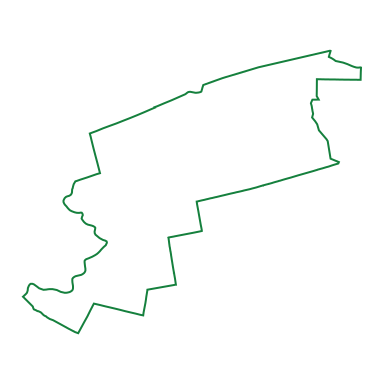 Giuvarasti, Olt, Romania (Albers equal-area conic projection)
{"feature_id": "2599482B24226861193940", "entity_name": "Giuvarasti", "entity_type": "district", "adm_level": 2, "iso_a3": "ROU", "parent_name": "Romania", "parent_adm1": "Olt", "projection": "albers", "projection_center": [24.689, 43.784], "detail": "fine", "context": "isolated", "style": "outline", "palette": "green", "viewbox_px": 384, "rotation_deg": 0, "n_neighbors": 0, "source": "geoboundaries", "source_scale": "gbopen_adm2", "svg_char_len": 4714}
<svg xmlns="http://www.w3.org/2000/svg" viewBox="0 0 384 384"><path d="M338.3,163.5L338.9,162.1L330.6,158.7L330.5,158.3L327.7,141.1L326.5,139.2L318.9,130.3L318.8,129.9L317.2,124.3L315.2,121.3L312.1,117.5L313.1,113.9L313.0,113.2L312.5,111.0L312.3,109.7L312.3,109.4L312.2,109.3L311.7,106.0L310.9,103.2L312.4,99.7L318.7,99.6L318.6,99.4L316.7,96.1L316.8,90.3L316.9,79.2L325.8,79.4L335.7,79.5L340.4,79.6L349.6,79.7L360.6,79.8L360.8,71.8L361.0,67.6L360.2,67.4L358.8,67.6L357.9,67.6L357.4,67.6L356.3,67.5L355.6,67.3L353.9,66.8L352.0,66.1L349.9,65.2L347.4,64.1L346.8,63.9L343.1,62.6L341.3,62.2L341.2,62.2L340.3,62.0L339.5,61.8L335.7,61.0L334.6,60.2L334.2,59.9L333.7,59.5L333.0,59.1L332.4,58.7L331.0,57.9L329.5,57.2L328.9,57.0L328.8,56.9L329.3,55.3L329.3,55.1L330.5,51.3L330.6,50.9L330.4,50.8L329.5,50.8L329.3,50.9L258.5,67.3L246.9,70.8L225.5,77.2L222.3,78.2L214.7,80.9L203.3,85.0L202.4,87.8L202.1,89.0L201.6,90.6L201.5,91.1L201.3,91.6L200.8,91.9L200.3,92.1L198.7,92.5L197.1,92.7L195.9,92.8L194.9,92.7L194.0,92.5L190.2,91.8L189.0,91.9L188.2,92.1L187.1,92.8L186.0,93.7L185.3,94.2L184.9,94.4L178.3,97.3L171.5,100.3L164.4,103.2L157.3,106.2L154.6,107.2L154.9,107.6L150.9,109.3L144.0,112.3L137.1,115.2L130.2,118.0L123.3,120.7L116.5,123.4L109.6,125.9L103.1,128.3L96.3,131.1L92.2,132.6L89.8,133.5L90.2,135.0L90.7,136.8L91.3,139.4L93.4,147.9L95.3,155.2L97.3,162.7L100.0,173.2L96.5,174.2L87.3,177.4L80.2,179.7L76.3,181.1L75.4,181.3L73.7,184.2L73.1,186.3L72.6,188.5L72.2,189.2L72.1,190.0L72.0,192.3L71.6,193.6L70.7,194.9L69.2,195.8L67.1,196.4L66.0,196.9L64.7,198.1L63.9,199.6L63.5,200.6L63.5,202.0L63.9,203.0L64.7,204.5L66.4,206.3L67.8,208.1L69.0,209.4L70.0,210.3L71.7,211.2L74.6,212.3L76.8,212.8L79.0,212.9L80.8,212.6L81.7,212.7L82.4,213.6L82.7,214.6L82.8,215.1L82.1,216.7L81.8,217.8L81.6,218.6L82.7,220.3L84.0,222.0L85.8,223.6L87.8,224.6L91.8,225.6L93.4,226.2L94.8,227.1L95.3,227.9L95.0,229.8L94.6,231.4L94.7,233.1L95.5,234.7L97.8,236.6L99.6,238.1L102.9,239.9L105.2,240.6L106.6,241.4L106.9,242.4L106.7,243.3L106.0,244.6L105.8,245.2L103.7,247.0L101.2,249.6L99.9,251.2L98.3,252.8L96.9,254.0L95.2,255.1L92.3,256.7L88.6,258.3L86.2,259.2L85.1,260.1L84.6,260.9L84.6,262.4L85.0,266.1L85.4,268.7L85.4,270.7L84.9,271.9L84.1,273.0L82.5,274.2L81.1,274.9L78.5,275.5L75.6,276.2L74.4,276.8L73.1,277.8L72.4,278.8L72.3,279.9L72.4,282.2L73.0,286.0L73.0,288.3L72.7,289.6L72.0,290.6L70.6,291.6L69.5,292.1L68.3,292.4L66.9,292.7L64.8,292.8L60.8,291.9L56.8,290.0L52.4,289.1L49.8,289.1L47.9,289.3L46.1,289.6L43.5,289.8L42.0,289.3L39.2,288.3L36.6,286.3L33.8,284.3L32.4,283.8L30.7,283.8L29.7,284.5L28.8,285.9L27.9,288.1L27.7,290.4L27.0,292.7L25.9,294.0L23.0,296.7L28.0,301.7L32.8,306.5L33.2,307.9L33.8,309.3L36.5,310.5L37.4,311.1L38.4,311.2L40.5,312.2L41.0,312.5L42.3,313.8L43.5,315.0L44.5,315.7L46.1,316.4L47.0,317.3L49.8,319.0L53.1,320.2L60.8,324.4L68.6,328.7L74.9,332.0L76.5,332.6L78.2,333.2L84.1,322.3L87.4,316.4L90.2,310.7L93.2,304.9L93.9,303.6L99.9,305.0L105.1,306.3L110.3,307.5L115.4,308.7L120.3,309.9L125.3,311.2L130.4,312.4L135.6,313.6L140.7,314.9L143.2,315.4L143.6,312.4L144.2,309.3L144.8,306.2L145.4,303.1L145.9,299.9L146.3,296.8L146.8,293.8L147.3,290.7L147.4,289.7L174.0,285.0L174.5,284.9L175.4,284.7L175.9,284.7L175.7,283.4L175.0,278.6L174.2,274.1L174.1,273.3L174.0,272.7L173.9,272.7L173.9,272.4L173.7,271.3L173.2,268.4L172.8,266.0L172.7,265.4L172.7,265.2L172.5,264.2L172.3,262.8L171.8,259.8L171.3,256.5L171.1,255.5L171.1,255.3L171.1,255.0L170.5,251.3L170.4,251.2L169.9,247.7L169.8,247.3L169.8,247.2L169.7,247.0L169.5,245.7L169.4,244.6L169.3,244.2L168.9,240.8L168.5,237.9L168.4,237.6L168.9,237.4L169.0,237.4L169.7,237.3L170.1,237.2L170.6,237.1L174.0,236.5L174.3,236.4L179.5,235.4L193.6,232.7L199.5,231.5L201.8,231.0L201.8,230.3L201.3,227.5L200.8,225.1L200.1,221.1L199.8,219.4L199.6,218.3L199.3,216.6L198.3,210.9L197.1,204.4L196.7,201.8L196.7,201.6L196.9,201.6L198.4,201.2L201.7,200.4L204.5,199.8L206.8,199.2L207.0,199.2L210.5,198.3L212.2,198.0L215.8,197.1L216.1,197.1L217.3,196.8L221.4,195.8L224.0,195.2L230.2,193.7L234.7,192.7L236.2,192.3L238.6,191.8L242.1,191.0L242.5,190.9L243.1,190.7L243.4,190.7L243.5,190.6L244.4,190.4L250.1,189.1L252.2,188.5L256.1,187.5L258.1,186.9L258.6,186.7L259.1,186.6L260.3,186.2L262.8,185.5L263.0,185.5L263.0,185.4L265.3,184.8L265.6,184.7L266.8,184.4L268.4,184.0L268.5,184.0L268.6,183.9L268.8,183.9L271.3,183.2L271.7,183.1L273.2,182.6L275.6,181.9L277.1,181.5L278.2,181.2L279.0,180.9L280.0,180.7L283.2,179.7L287.4,178.5L290.7,177.6L298.0,175.4L301.5,174.4L313.1,171.1L315.7,170.3L317.4,169.8L317.5,169.7L321.1,168.7L322.3,168.4L325.9,167.3L326.6,167.1L327.4,166.9L327.8,166.8L328.5,166.6L329.4,166.3L329.7,166.2L330.0,166.1L331.4,165.6L333.9,164.8L338.3,163.5Z" fill="none" stroke="#15803d" stroke-width="2"/></svg>